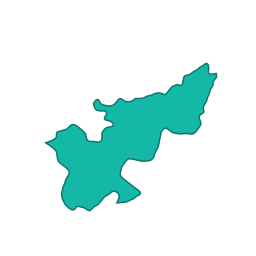 Tenares, Hermanas, Dominican Republic, rotated 218°
{"feature_id": "3306468B80209753736626", "entity_name": "Tenares", "entity_type": "district", "adm_level": 2, "iso_a3": "DOM", "parent_name": "Dominican Republic", "parent_adm1": "Hermanas", "projection": "orthographic", "projection_center": [-70.314, 19.443], "detail": "fine", "context": "isolated", "style": "filled", "palette": "teal", "viewbox_px": 256, "rotation_deg": 218, "n_neighbors": 0, "source": "geoboundaries", "source_scale": "gbopen_adm2", "svg_char_len": 4998}
<svg xmlns="http://www.w3.org/2000/svg" viewBox="0 0 256 256"><g transform="rotate(218 128 128)"><path d="M183.7,65.7L179.9,66.0L176.0,66.1L173.5,66.0L171.6,65.8L170.4,65.4L169.3,64.8L167.9,63.6L165.2,60.9L164.2,60.1L163.2,59.4L162.0,58.9L160.8,58.6L158.8,58.5L152.9,58.6L150.9,58.5L149.7,58.4L149.1,58.2L148.0,57.7L147.5,57.4L146.8,56.6L146.2,55.7L146.0,55.1L145.8,53.9L145.4,50.1L145.2,48.8L143.9,45.9L143.6,44.8L143.1,42.5L142.8,41.4L141.4,38.5L140.5,36.4L139.9,35.5L139.2,34.6L137.8,33.2L136.9,32.4L135.8,31.7L133.8,30.7L131.9,29.7L130.9,29.3L129.1,28.8L126.5,28.6L124.6,28.6L122.8,28.8L121.6,29.2L120.8,29.8L120.2,30.5L119.9,31.3L119.9,31.7L120.2,33.2L120.1,34.0L119.7,34.8L119.0,35.5L118.6,35.8L114.8,37.6L113.8,38.0L112.7,38.2L109.9,38.5L108.9,38.6L107.9,39.0L107.5,39.3L107.2,39.7L106.9,40.2L106.7,41.2L106.4,43.9L106.2,45.0L105.9,46.1L104.8,48.5L104.5,49.7L104.3,52.2L104.2,57.4L104.1,58.6L103.9,59.8L103.6,60.9L102.5,63.4L102.2,64.4L101.8,66.7L101.4,67.8L100.9,68.7L100.1,69.5L99.2,70.1L98.6,70.3L98.1,70.4L96.9,70.5L95.8,70.4L95.2,70.3L94.6,70.1L93.7,69.4L93.3,69.1L92.6,68.2L92.1,67.2L91.1,64.2L90.6,62.1L87.3,65.2L85.0,67.5L83.7,68.9L82.7,70.5L81.8,72.6L80.3,75.4L79.9,76.6L79.3,79.3L78.9,80.3L78.2,81.6L77.9,82.4L77.8,83.4L78.0,83.9L78.2,84.4L78.7,84.7L79.1,85.0L79.7,85.1L80.8,85.2L100.3,85.1L102.2,85.2L103.4,85.5L104.0,85.7L104.5,85.9L105.4,86.6L106.1,87.4L106.4,87.9L108.7,92.8L109.0,94.0L109.2,95.3L109.3,99.7L109.2,101.6L109.1,102.7L108.7,103.8L108.4,104.3L108.0,104.6L104.6,106.7L101.5,108.0L99.2,109.3L97.1,110.2L96.0,110.8L94.1,112.4L91.8,114.7L90.6,116.1L90.0,117.3L89.9,117.8L89.7,119.0L89.8,120.7L90.0,121.8L91.2,124.2L91.5,125.3L91.8,127.0L92.2,129.9L92.6,131.6L93.0,132.6L94.0,134.5L94.9,136.6L96.5,139.4L97.4,141.5L98.7,143.9L99.2,144.9L99.5,146.7L99.5,148.4L99.4,149.4L98.9,150.4L98.6,150.8L98.1,151.2L97.1,151.5L96.0,151.7L91.6,151.7L89.8,152.0L88.8,152.4L86.9,153.4L84.9,154.4L83.9,155.0L82.9,155.8L79.8,158.6L78.4,159.8L77.1,160.7L75.1,161.6L74.3,162.3L73.5,163.0L73.0,164.0L72.7,164.5L72.4,165.7L72.3,168.2L72.3,171.4L72.4,173.3L72.8,175.2L73.3,176.2L74.0,177.0L75.2,178.0L76.6,178.7L77.5,179.2L78.3,179.9L78.6,180.3L79.1,181.2L79.2,181.7L79.2,182.8L79.0,183.8L78.4,185.0L78.1,185.8L78.1,186.8L78.2,187.2L78.4,187.6L78.6,188.0L80.0,189.1L80.7,189.8L81.3,190.6L81.8,191.7L82.1,192.9L82.5,196.7L82.8,197.9L84.1,200.9L85.2,205.4L86.5,208.3L86.8,209.5L87.3,213.2L87.6,214.2L87.8,214.7L88.9,216.1L89.2,217.1L89.5,218.9L89.5,222.8L92.0,225.3L94.1,223.0L95.4,221.8L96.3,221.2L96.9,221.0L97.4,220.9L97.9,220.9L98.4,221.1L98.8,221.3L99.2,221.6L100.2,223.3L101.2,224.7L102.3,226.0L103.1,226.8L104.1,227.3L104.6,227.4L105.1,227.4L105.6,227.3L106.1,227.0L106.4,226.6L106.8,225.7L107.4,223.2L108.4,220.8L108.8,219.8L109.3,216.9L109.7,215.8L110.8,213.4L111.2,212.3L112.0,209.0L112.5,207.9L113.1,207.0L114.5,205.2L115.1,204.3L115.3,203.8L115.4,203.3L115.2,202.3L113.5,198.6L112.3,196.4L112.1,195.5L112.1,195.0L112.2,194.5L112.5,194.1L112.8,193.8L113.6,193.5L115.3,192.9L116.0,192.4L117.7,189.9L118.4,188.4L118.7,187.2L118.9,185.9L118.9,179.6L119.0,178.5L119.4,177.5L119.7,177.1L120.1,176.8L120.5,176.5L123.0,175.9L123.5,175.7L124.5,175.2L126.0,174.1L127.2,172.7L128.3,171.3L129.5,168.7L132.8,164.4L134.0,161.8L134.6,160.9L135.7,159.6L136.9,158.5L138.1,157.4L139.4,156.6L140.1,156.0L140.5,155.1L141.2,152.6L141.7,151.5L142.3,150.5L143.5,149.2L145.0,148.1L146.0,147.5L147.2,147.2L150.9,146.8L151.9,146.5L152.3,146.2L152.6,145.7L152.9,145.2L153.1,144.2L153.2,139.2L153.4,138.0L153.6,137.4L153.9,136.8L154.5,135.8L155.3,134.9L156.2,134.0L157.1,133.2L158.1,132.6L162.1,130.8L163.1,130.5L164.2,130.4L165.2,130.6L167.2,131.6L168.1,131.9L168.6,131.9L169.1,131.8L169.6,131.5L170.0,131.1L170.2,130.7L170.4,130.2L170.5,128.6L170.3,127.0L170.0,126.0L169.7,125.5L168.9,124.8L166.7,123.5L165.7,123.1L164.7,122.8L164.1,122.8L163.5,122.9L162.5,123.2L159.0,125.3L157.5,126.8L156.6,127.1L155.6,127.2L154.7,127.0L154.2,126.8L153.8,126.5L153.5,126.1L153.2,125.1L153.1,122.7L152.9,121.8L152.7,121.3L152.4,121.0L152.0,120.7L151.5,120.5L151.0,120.5L150.6,120.6L149.7,120.9L148.4,121.6L147.5,122.0L146.4,122.3L145.2,122.5L144.1,122.5L143.1,122.5L142.6,122.3L142.2,122.1L141.7,121.7L141.5,121.3L141.3,120.7L141.3,120.2L141.4,119.7L142.0,118.8L144.2,116.3L144.9,115.3L145.2,114.8L145.4,114.2L145.7,113.1L145.8,111.3L145.7,109.5L145.4,108.4L145.2,107.8L144.6,106.8L142.3,104.1L141.7,103.1L141.3,102.0L141.3,100.9L141.5,100.4L142.0,99.4L142.3,99.0L143.1,98.3L144.0,97.8L146.0,96.8L149.7,94.0L150.8,93.5L151.3,93.4L152.4,93.4L153.5,93.8L154.5,94.4L156.7,96.3L157.7,97.0L158.8,97.5L160.0,97.7L161.8,97.9L163.7,98.0L168.2,98.1L170.1,98.0L171.3,97.9L171.8,97.7L172.4,97.5L173.3,96.9L174.1,96.1L174.4,95.7L174.8,94.6L175.1,93.5L175.4,90.2L175.6,89.2L175.8,88.8L177.0,87.5L178.4,85.3L180.2,83.1L180.8,82.3L181.0,81.8L181.2,81.3L181.2,80.8L181.2,80.2L180.7,79.3L179.5,77.7L179.0,76.8L178.8,76.3L178.7,75.8L178.7,75.4L178.9,74.5L180.3,71.1L183.7,65.7Z" fill="#14b8a6" stroke="#0f766e" stroke-width="1.5"/></g></svg>